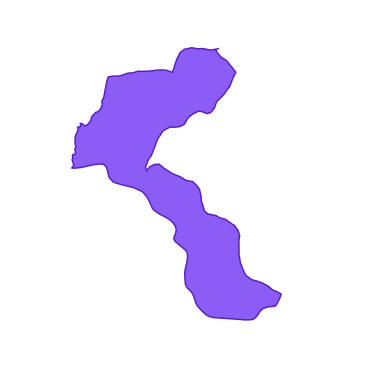 Tanchon City, Hamgyŏng-namdo, North Korea, rotated 152°
{"feature_id": "82179303B77244062124892", "entity_name": "Tanchon City", "entity_type": "district", "adm_level": 2, "iso_a3": "PRK", "parent_name": "North Korea", "parent_adm1": "Hamgyŏng-namdo", "projection": "mercator", "projection_center": [128.863, 40.784], "detail": "fine", "context": "isolated", "style": "filled", "palette": "violet", "viewbox_px": 384, "rotation_deg": 152, "n_neighbors": 0, "source": "geoboundaries", "source_scale": "gbopen_adm2", "svg_char_len": 2674}
<svg xmlns="http://www.w3.org/2000/svg" viewBox="0 0 384 384"><g transform="rotate(152 192 192)"><path d="M117.4,263.4L112.6,266.0L109.9,267.0L106.3,269.9L101.8,273.9L97.3,276.8L97.3,278.8L98.1,282.8L98.9,286.7L99.7,291.7L103.1,297.7L104.7,305.6L102.1,306.3L109.0,308.6L115.1,313.6L119.5,315.6L124.7,319.6L131.7,321.6L137.1,320.7L142.5,316.8L147.0,312.8L149.7,309.9L153.3,306.9L156.7,310.9L161.1,313.9L165.5,315.9L173.4,319.0L179.5,322.0L183.0,324.0L188.3,325.0L192.7,327.0L199.7,328.1L203.2,329.1L206.7,331.1L209.4,332.1L211.7,333.0L215.2,329.9L224.8,317.8L226.0,316.6L229.1,314.3L230.3,311.2L232.2,309.3L235.5,307.4L238.0,307.1L239.9,307.5L241.5,306.6L243.6,306.3L245.4,305.3L247.9,302.6L252.8,300.4L254.7,300.4L255.5,301.0L257.5,304.7L258.6,304.6L259.0,302.9L260.1,302.1L261.8,302.9L262.7,302.7L263.2,300.4L268.9,296.0L272.1,290.6L272.6,289.0L273.5,286.2L275.4,284.8L276.3,281.4L277.5,280.5L280.0,280.8L281.0,279.3L280.9,278.4L282.6,276.9L283.7,272.0L283.9,271.0L286.7,269.7L285.1,268.4L278.1,265.6L265.3,262.1L258.4,259.1L256.9,257.4L256.2,255.7L255.9,254.0L256.5,250.6L258.1,245.2L258.2,243.2L257.9,241.5L256.9,238.0L255.4,236.1L250.5,231.3L242.0,223.7L237.4,218.0L236.1,216.3L235.4,214.6L234.2,209.3L234.0,205.5L234.6,196.2L234.2,193.9L231.5,188.5L226.5,181.2L225.6,179.3L224.4,177.5L223.3,173.8L222.8,170.4L223.4,166.8L224.3,165.2L225.5,163.6L229.1,160.5L230.1,158.7L230.2,156.9L229.7,155.2L224.7,142.8L224.8,141.0L225.2,139.2L227.0,135.8L229.6,132.3L233.9,127.4L235.7,124.9L236.4,124.0L237.4,122.1L239.8,116.7L240.9,114.3L241.3,112.7L241.3,110.7L241.0,108.7L239.6,105.0L239.3,101.4L239.4,99.6L240.7,92.4L240.7,88.7L239.4,83.4L238.2,79.6L236.7,76.2L235.7,74.5L232.4,71.3L207.6,55.8L205.8,54.5L200.3,51.7L198.5,51.1L196.7,51.0L194.9,51.3L191.2,52.8L189.4,53.9L187.7,54.8L185.9,55.4L184.1,55.6L180.3,55.3L178.7,54.9L173.5,52.6L171.7,52.3L170.0,53.1L168.7,54.0L164.6,56.8L161.2,60.0L163.9,64.2L166.5,67.2L169.0,73.2L172.4,78.3L175.9,82.3L180.2,86.3L181.9,89.3L183.6,93.3L183.4,99.3L182.4,107.3L179.6,115.3L175.9,122.2L174.0,126.2L170.4,131.2L169.4,136.2L170.1,142.1L171.8,145.1L175.2,152.1L179.6,156.2L182.1,160.2L184.7,162.2L188.2,165.2L189.9,169.2L188.9,174.2L187.9,180.1L186.0,184.1L184.1,191.1L184.9,196.0L186.6,201.0L191.8,205.0L195.2,211.0L200.4,217.0L205.5,226.0L208.0,232.0L212.4,234.0L215.0,234.0L217.7,234.0L222.1,232.1L221.2,236.1L217.6,239.0L214.0,242.0L211.3,242.9L207.7,245.9L203.2,249.8L197.8,254.7L188.8,259.6L183.5,259.6L180.9,259.6L177.4,257.6L172.1,255.5L166.8,255.5L160.5,259.4L155.2,260.4L148.1,260.3L145.5,258.3L142.1,254.3L138.5,253.3L133.2,255.3L127.8,260.2L118.0,263.1L117.4,263.4Z" fill="#8b5cf6" stroke="#5b21b6" stroke-width="1.5"/></g></svg>